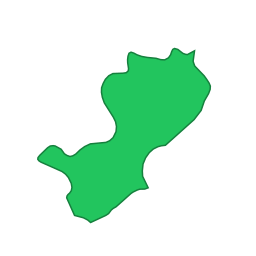 Bắc Giang, Natural Earth projection, rotated 308°
{"feature_id": "VNM-470", "entity_name": "Bắc Giang", "entity_type": "Province", "adm_level": 1, "iso_a3": "VNM", "parent_name": "Vietnam", "parent_adm1": "", "projection": "natural_earth1", "projection_center": [106.489, 21.384], "detail": "fine", "context": "isolated", "style": "filled", "palette": "green", "viewbox_px": 256, "rotation_deg": 308, "n_neighbors": 0, "source": "natural_earth", "source_scale": "10m", "svg_char_len": 1365}
<svg xmlns="http://www.w3.org/2000/svg" viewBox="0 0 256 256"><g transform="rotate(308 128 128)"><path d="M229.8,132.9L220.7,138.2L219.5,139.9L217.9,142.5L216.0,155.9L214.7,160.3L213.3,164.3L211.7,167.1L208.9,169.0L204.7,170.3L196.3,171.5L186.9,174.8L175.3,174.9L137.4,168.1L134.5,165.2L131.7,163.1L127.1,160.9L121.7,159.9L115.4,160.2L108.9,162.0L103.0,165.7L98.9,169.3L93.3,180.7L90.2,178.8L87.1,175.0L84.9,173.5L80.8,171.5L78.4,170.7L58.6,167.1L55.4,165.8L53.0,165.3L48.6,165.4L45.4,164.3L30.5,156.7L30.7,152.9L29.8,148.1L26.2,139.7L35.2,122.7L36.9,121.8L38.7,121.7L40.8,122.1L43.7,121.9L46.7,120.4L49.5,117.3L52.3,111.5L53.2,107.2L53.1,102.8L47.5,80.4L47.3,78.0L47.8,76.2L49.3,75.3L52.2,75.3L62.9,76.8L65.9,77.8L68.0,79.9L69.0,81.7L70.1,88.4L68.5,93.7L68.8,96.8L69.8,99.8L72.0,101.6L75.3,102.9L81.1,103.7L86.7,105.3L92.3,108.1L103.1,119.5L106.7,121.4L111.2,122.2L117.8,120.8L122.1,118.0L125.3,114.3L127.5,109.8L133.2,93.9L136.4,88.9L139.8,85.1L143.5,82.4L147.9,81.0L152.5,80.2L157.4,80.7L161.6,82.6L168.1,90.3L170.5,92.6L173.3,93.0L175.2,91.8L179.2,87.6L181.6,85.6L184.6,83.8L187.5,82.8L189.6,83.7L190.6,86.5L191.2,90.0L192.8,94.7L195.5,99.8L200.2,107.2L202.0,111.7L204.3,115.0L208.2,116.7L211.9,116.5L215.1,115.4L217.5,114.9L219.3,115.7L220.6,118.9L220.6,125.3L221.4,127.8L222.4,129.6L229.8,132.9Z" fill="#22c55e" stroke="#15803d" stroke-width="1.5"/></g></svg>